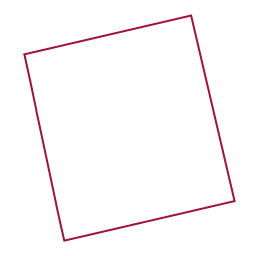 Yoakum, Texas, United States of America (orthographic projection), rotated 347°
{"feature_id": "52423323B73359815084270", "entity_name": "Yoakum", "entity_type": "district", "adm_level": 2, "iso_a3": "USA", "parent_name": "United States of America", "parent_adm1": "Texas", "projection": "orthographic", "projection_center": [-103.003, 33.174], "detail": "fine", "context": "isolated", "style": "outline", "palette": "rose", "viewbox_px": 256, "rotation_deg": 347, "n_neighbors": 0, "source": "geoboundaries", "source_scale": "gbopen_adm2", "svg_char_len": 337}
<svg xmlns="http://www.w3.org/2000/svg" viewBox="0 0 256 256"><g transform="rotate(347 128 128)"><path d="M43.6,32.9L43.3,59.1L43.2,65.4L42.7,89.7L42.5,91.5L42.3,108.0L41.7,142.7L40.9,186.6L40.8,188.1L40.7,200.7L40.6,205.3L40.6,221.1L40.6,223.4L215.4,223.2L214.8,32.6L43.6,32.9Z" fill="none" stroke="#9f1239" stroke-width="2"/></g></svg>